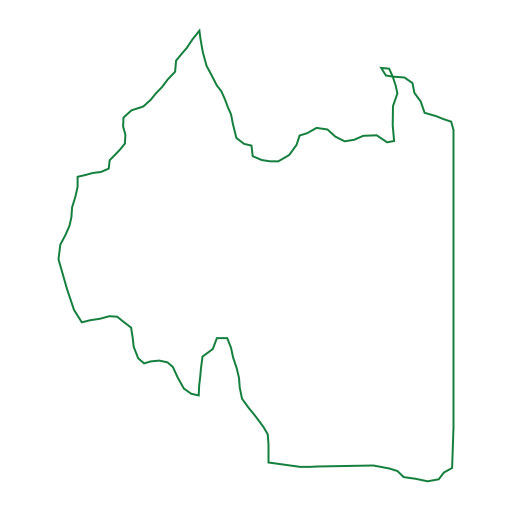 outline of Ibiraçu, Espírito Santo, Brazil
{"feature_id": "56859067B2764192939297", "entity_name": "Ibiraçu", "entity_type": "district", "adm_level": 2, "iso_a3": "BRA", "parent_name": "Brazil", "parent_adm1": "Espírito Santo", "projection": "robinson", "projection_center": [-40.429, -19.829], "detail": "fine", "context": "isolated", "style": "outline", "palette": "green", "viewbox_px": 512, "rotation_deg": 0, "n_neighbors": 0, "source": "geoboundaries", "source_scale": "gbopen_adm2", "svg_char_len": 1848}
<svg xmlns="http://www.w3.org/2000/svg" viewBox="0 0 512 512"><path d="M451.2,121.7L442.9,118.9L436.6,116.3L424.6,112.8L420.7,101.5L414.4,92.9L412.5,83.1L404.5,77.5L392.7,76.6L395.6,85.3L397.4,93.4L393.0,106.1L392.7,125.2L394.1,141.0L387.1,142.3L376.7,135.3L363.3,135.8L354.1,139.8L344.6,141.3L335.3,136.6L327.5,129.5L316.6,127.9L306.9,133.3L299.6,135.5L296.6,144.8L289.2,155.0L278.4,161.3L269.9,161.3L261.6,160.0L252.7,156.2L251.5,145.6L244.1,143.9L236.4,138.0L233.0,124.4L231.0,114.3L227.9,107.3L224.9,99.2L221.3,91.2L216.9,85.6L212.4,76.8L206.5,65.7L202.8,52.1L200.6,39.7L199.4,30.7L192.5,39.3L186.9,47.8L181.3,54.3L176.1,60.6L175.1,71.7L167.6,79.6L161.9,87.2L155.6,93.7L150.8,99.7L143.3,106.5L131.5,110.3L123.5,117.6L123.1,126.5L125.4,134.7L124.9,143.6L120.2,149.4L115.3,154.5L109.7,160.2L108.7,168.6L100.9,172.0L93.1,172.9L85.8,174.9L77.6,176.8L77.6,186.9L75.4,196.7L72.1,207.3L71.4,217.2L69.5,225.7L65.5,234.9L60.3,244.7L58.5,259.3L67.0,289.0L74.0,309.9L81.8,322.3L90.3,320.2L99.8,318.8L109.4,316.2L117.2,316.7L123.5,321.8L131.1,327.6L132.6,337.1L133.7,346.8L138.2,358.3L144.1,363.4L150.8,361.4L159.2,360.6L167.4,362.3L172.8,366.9L177.7,377.5L183.9,388.6L191.3,393.8L198.7,395.4L199.2,385.1L200.2,377.0L200.9,368.9L202.5,356.6L212.8,349.0L216.9,338.1L227.2,338.1L231.0,347.7L233.1,357.5L236.7,368.2L239.0,378.0L239.7,387.3L242.0,398.7L248.9,408.2L254.1,414.5L258.6,420.4L263.6,427.2L267.8,434.5L268.5,445.1L268.5,453.3L268.5,462.5L300.3,466.9L309.2,466.9L317.3,466.5L373.4,465.5L389.3,468.5L397.4,471.0L403.7,477.1L415.8,478.8L427.6,481.3L438.7,479.3L443.9,472.5L452.1,468.0L453.5,427.2L453.5,406.0L453.5,377.2L453.5,358.3L453.5,346.0L453.5,319.7L453.5,270.3L453.5,244.2L453.5,233.3L453.5,218.7L453.5,185.5L453.5,130.0L451.2,121.7ZM392.7,76.6L389.2,68.7L381.2,67.9L385.9,75.5L392.7,76.6Z" fill="none" stroke="#15803d" stroke-width="2"/></svg>